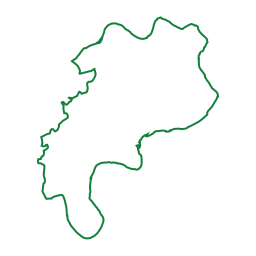 outline of Ashmun, Al Minufiyah, Egypt, rotated 271°
{"feature_id": "37247803B18007255516355", "entity_name": "Ashmun", "entity_type": "district", "adm_level": 2, "iso_a3": "EGY", "parent_name": "Egypt", "parent_adm1": "Al Minufiyah", "projection": "robinson", "projection_center": [30.999, 30.299], "detail": "fine", "context": "isolated", "style": "outline", "palette": "green", "viewbox_px": 256, "rotation_deg": 271, "n_neighbors": 0, "source": "geoboundaries", "source_scale": "gbopen_adm2", "svg_char_len": 5792}
<svg xmlns="http://www.w3.org/2000/svg" viewBox="0 0 256 256"><g transform="rotate(271 128 128)"><path d="M141.7,64.0L141.7,64.9L141.4,66.3L141.2,66.7L138.8,67.7L137.4,67.6L136.8,67.0L136.2,66.2L134.3,63.1L130.2,58.9L128.2,59.0L125.1,57.7L123.3,55.4L123.4,55.0L125.6,52.9L125.5,51.8L124.3,50.6L123.5,50.6L121.3,49.9L120.8,48.5L120.6,47.4L117.4,41.4L114.7,42.2L111.9,42.7L108.7,42.0L108.1,44.0L108.6,45.7L109.4,45.9L109.8,46.5L109.8,47.5L107.8,48.3L107.0,48.3L105.6,47.0L103.7,44.1L102.5,44.5L99.5,44.2L98.3,43.2L98.3,42.8L97.2,41.7L95.8,41.7L95.4,41.0L95.2,38.8L93.3,38.5L91.4,38.9L91.2,39.7L91.2,40.7L90.8,42.1L90.3,43.3L89.7,44.1L89.3,44.9L88.1,45.1L84.7,45.0L80.1,44.5L77.5,45.0L75.9,45.6L73.8,45.9L71.7,45.5L70.7,44.4L63.1,43.6L58.8,45.9L55.8,47.5L56.1,51.2L56.1,52.7L57.1,53.6L58.1,55.5L58.8,57.5L59.9,61.7L59.9,62.3L59.9,62.9L59.6,63.5L59.2,64.0L58.6,64.5L55.3,65.8L48.1,67.7L39.4,68.5L39.4,68.9L35.5,69.3L29.2,72.8L22.4,78.8L18.4,84.1L17.6,85.5L17.1,87.1L16.9,88.7L17.0,90.4L17.2,91.5L17.7,92.8L19.7,96.5L22.2,99.1L25.5,101.4L28.5,103.1L34.0,105.0L35.7,105.1L37.3,104.9L38.7,104.3L41.4,102.3L43.3,101.3L44.9,100.7L45.4,99.9L46.0,99.3L46.7,98.9L47.7,98.4L48.2,98.0L48.5,97.4L50.5,96.0L52.4,94.3L54.1,93.2L54.7,92.6L55.9,91.3L56.5,90.9L57.1,90.7L57.9,90.7L59.3,91.1L60.4,90.9L61.1,91.1L61.8,91.0L62.8,91.4L63.8,91.5L67.1,91.1L70.1,91.1L72.2,91.4L74.4,91.5L77.6,92.2L77.5,91.6L79.1,92.2L82.4,94.1L83.5,94.4L84.6,94.9L85.9,95.2L87.4,95.7L88.9,96.4L89.8,97.1L90.5,97.8L91.0,98.6L92.7,102.2L93.5,110.4L93.1,111.2L92.9,112.0L93.0,112.9L93.3,113.6L93.2,114.7L92.9,117.2L92.5,117.5L92.4,117.9L92.4,118.5L92.3,120.0L92.1,121.2L91.6,122.7L91.2,123.9L90.5,125.3L89.7,126.4L88.9,127.2L87.3,131.7L87.0,133.7L87.0,135.7L86.7,136.5L86.5,137.2L86.6,138.1L87.0,139.0L87.6,139.8L88.4,140.6L89.3,141.2L90.3,141.8L91.7,142.1L93.4,142.3L98.0,142.1L99.7,141.9L100.8,141.5L101.7,140.7L102.5,139.6L104.5,139.1L105.3,139.0L105.8,138.8L106.1,138.5L107.3,138.4L108.3,138.2L109.4,137.7L110.5,136.9L110.8,137.6L110.9,138.3L110.4,138.3L109.9,138.3L109.9,138.7L110.5,138.8L110.5,139.0L109.3,139.2L109.4,139.5L108.5,139.6L108.7,139.8L109.3,140.0L110.0,140.4L111.2,140.5L111.9,140.3L112.5,140.3L113.2,140.2L113.6,140.3L114.0,140.3L114.5,140.0L114.6,139.8L114.5,139.6L115.1,139.8L116.3,140.5L116.4,140.9L116.7,141.3L117.4,141.5L119.0,142.5L120.3,144.0L121.1,145.1L121.4,146.4L122.1,147.5L120.8,146.9L120.5,146.5L120.3,146.1L120.0,146.2L120.0,146.4L120.0,147.2L120.4,148.0L120.5,148.7L120.7,149.4L122.2,151.8L122.7,152.9L123.2,153.4L123.9,153.9L124.1,154.4L124.5,154.7L124.7,155.1L125.1,155.4L125.4,157.2L125.5,158.9L125.9,161.1L126.1,163.2L125.8,164.7L125.7,166.0L125.0,166.2L125.0,167.1L125.0,167.9L125.3,169.2L125.8,170.3L126.3,170.0L126.9,171.9L127.7,173.8L127.9,174.6L128.1,176.1L128.2,177.7L128.1,179.4L128.1,180.2L127.8,181.3L128.4,185.6L128.7,186.4L129.0,186.9L129.4,187.2L129.9,187.9L131.0,190.5L135.6,198.7L137.9,201.7L139.0,202.9L139.9,204.0L141.6,205.7L142.7,207.0L144.2,206.9L145.0,207.1L145.8,207.4L146.7,208.0L147.4,208.7L150.5,211.4L158.8,216.2L161.0,216.9L161.2,217.0L160.2,217.3L161.2,217.5L162.2,217.4L163.8,216.9L164.7,216.5L166.4,215.1L167.1,213.9L168.1,212.9L168.9,211.7L172.9,209.1L174.6,208.2L177.3,205.9L179.1,204.9L180.4,204.0L181.5,204.1L182.9,203.5L186.0,201.2L186.6,200.7L187.1,200.0L188.0,199.6L189.8,198.4L192.2,197.9L194.3,197.8L196.3,197.5L198.3,197.8L198.6,197.7L198.7,197.3L198.9,197.2L200.2,197.5L201.6,197.4L202.1,197.8L202.6,198.3L203.7,198.3L203.8,198.5L204.0,198.7L204.6,198.9L205.1,199.2L205.6,199.8L205.9,200.8L206.1,201.2L207.4,202.2L207.9,202.4L208.4,202.4L209.0,202.6L209.7,202.6L210.2,203.2L210.9,203.8L212.7,204.6L214.2,205.2L215.3,206.0L216.5,205.6L217.8,205.6L218.6,204.9L219.5,204.3L221.5,202.0L222.5,200.8L225.5,197.9L228.3,196.4L230.5,196.0L231.8,194.1L231.6,192.8L232.2,192.1L232.6,191.2L232.9,190.3L233.1,189.5L232.1,187.1L230.6,184.7L230.0,183.5L229.1,182.2L228.1,181.1L227.9,180.4L228.0,179.6L229.1,176.8L229.8,175.3L230.8,173.6L231.0,172.8L231.5,171.8L232.5,170.4L233.0,169.7L233.5,169.2L235.0,167.5L235.7,165.7L236.3,164.7L236.9,163.9L237.3,162.0L238.0,159.9L238.1,159.6L238.6,159.4L239.0,159.0L239.1,158.9L239.0,158.6L238.7,157.6L238.3,156.8L238.2,156.2L238.0,155.7L237.4,155.2L236.8,155.1L236.1,154.1L235.1,153.3L234.4,152.9L232.7,152.5L231.6,152.0L229.8,151.8L224.9,150.4L222.6,149.4L221.8,148.7L221.2,148.3L219.8,146.0L219.3,145.7L218.6,145.6L218.0,144.2L217.7,143.0L217.4,141.9L217.4,140.8L217.5,139.2L218.1,137.1L218.5,136.0L219.2,134.9L220.0,133.2L222.0,130.3L222.8,129.5L223.9,128.5L224.6,127.7L225.1,127.0L227.2,123.3L228.3,122.6L229.2,121.6L230.2,120.4L230.8,119.2L231.2,118.0L231.3,116.6L231.8,115.7L232.2,114.6L232.4,113.0L232.3,111.2L232.0,109.7L231.4,108.3L230.6,106.7L229.7,105.6L228.6,104.6L227.5,103.8L225.8,102.9L224.7,102.6L223.6,102.5L219.1,100.9L216.9,100.5L214.1,99.3L212.8,98.3L212.5,97.9L212.4,96.8L212.2,95.9L210.5,90.8L209.6,88.5L209.0,87.4L208.1,86.0L207.1,84.7L207.2,84.0L207.1,83.5L207.0,82.9L206.6,82.3L206.1,81.8L200.3,77.6L198.6,76.2L196.8,75.0L195.6,73.1L193.9,70.8L191.1,74.6L188.9,76.8L186.2,78.3L184.6,78.9L183.2,78.9L182.2,78.6L181.6,78.6L181.4,78.9L184.5,90.3L186.0,92.6L186.4,93.4L181.5,94.7L179.7,94.4L177.2,93.3L175.2,92.1L174.2,91.2L173.5,89.2L173.5,87.7L172.2,86.5L170.4,86.4L167.6,87.0L165.4,86.9L164.8,86.5L164.0,86.5L162.8,85.6L162.3,83.2L161.4,81.1L163.0,79.7L163.4,78.7L162.1,77.9L161.7,77.9L159.1,76.4L157.2,72.6L156.6,72.0L156.9,71.2L157.3,68.6L157.1,68.4L156.5,69.2L155.9,70.6L155.1,71.0L154.3,70.9L153.7,70.5L153.1,68.9L152.0,68.0L150.6,66.8L150.2,65.9L150.4,65.3L151.3,64.3L152.9,62.8L152.4,61.3L151.3,61.7L149.9,62.9L148.5,63.3L147.9,63.2L146.9,63.0L145.5,63.2L141.7,64.0ZM214.6,99.0L216.4,99.1L213.6,97.2L213.2,96.4L212.8,97.2L213.7,98.5L214.6,99.0Z" fill="none" stroke="#15803d" stroke-width="2"/></g></svg>